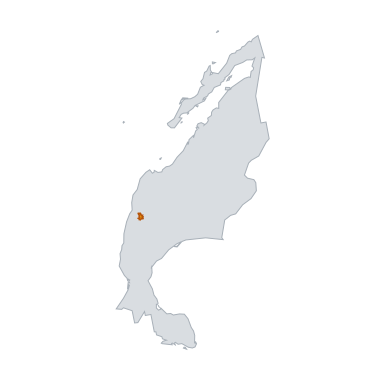 Huetamo, Michoacán, Mexico shown in context, rotated 79°
{"feature_id": "50627088B12818336981253", "entity_name": "Huetamo", "entity_type": "district", "adm_level": 2, "iso_a3": "MEX", "parent_name": "Mexico", "parent_adm1": "Michoacán", "projection": "mercator", "projection_center": [-101.141, 18.66], "detail": "fine", "context": "in_parent", "style": "filled", "palette": "amber", "viewbox_px": 384, "rotation_deg": 79, "n_neighbors": 0, "source": "geoboundaries", "source_scale": "gbopen_adm2", "svg_char_len": 5123}
<svg xmlns="http://www.w3.org/2000/svg" viewBox="0 0 384 384"><g transform="rotate(79 192 192)"><path d="M51.0,97.4L74.3,95.3L73.2,97.7L110.0,111.2L137.4,111.2L137.4,106.0L154.5,106.1L157.4,109.8L169.4,119.6L172.2,127.8L174.4,130.9L185.4,137.3L189.0,134.9L191.7,128.9L195.0,127.6L203.1,128.6L209.7,135.3L214.2,144.7L221.8,153.3L222.3,158.6L225.7,165.2L242.5,171.5L244.7,170.5L239.6,187.3L237.9,207.2L238.7,211.4L243.1,217.1L242.1,220.1L242.4,217.0L238.8,212.2L239.9,216.7L244.3,225.9L251.4,234.6L253.0,240.0L257.9,245.6L256.6,245.4L259.4,246.7L258.5,245.9L263.7,246.6L267.4,248.5L270.7,252.1L279.5,249.4L286.0,249.0L290.3,246.9L294.8,246.5L295.7,247.3L295.4,248.4L299.1,249.1L301.6,247.4L300.9,244.6L299.7,245.3L300.0,244.7L306.8,240.0L307.2,236.1L309.2,233.8L309.3,227.5L310.5,222.8L315.7,220.1L324.8,218.6L328.8,217.0L333.3,216.7L340.6,218.3L341.2,217.3L339.3,217.2L341.8,216.5L344.7,218.6L345.2,221.4L343.7,225.2L338.9,230.9L338.8,234.7L336.4,237.0L336.8,237.9L338.9,237.6L336.6,240.0L336.7,240.9L338.2,240.6L335.2,250.2L334.5,251.0L333.0,248.9L332.6,245.3L330.5,249.0L328.3,249.2L325.5,254.1L322.4,254.1L322.1,255.7L304.4,255.7L304.3,261.4L300.3,261.4L309.9,270.1L309.6,273.3L297.1,273.4L292.6,281.4L293.8,283.4L292.3,288.7L283.3,279.6L276.0,273.5L271.6,271.2L271.0,271.8L275.2,273.9L268.8,272.0L269.2,270.6L267.5,271.2L266.5,269.9L265.3,271.3L267.4,272.0L264.2,272.3L261.0,274.3L250.8,277.6L244.3,275.0L238.8,274.4L235.1,272.0L231.4,271.0L229.0,268.7L220.0,266.8L208.8,261.9L201.5,257.3L198.4,254.2L190.9,253.2L183.7,250.5L179.1,245.3L169.2,240.4L163.9,233.5L162.1,229.3L166.0,227.3L165.4,225.5L163.6,224.9L166.3,221.7L166.5,217.8L164.4,216.5L162.3,212.6L162.3,209.1L160.9,205.9L155.0,200.0L149.8,192.7L141.8,186.4L144.1,187.6L144.2,186.3L140.0,184.9L136.8,179.9L139.0,180.1L132.7,176.7L131.8,175.0L129.5,175.7L129.1,174.9L130.9,172.9L127.9,174.5L126.1,173.0L125.7,169.7L127.9,166.8L128.7,167.3L127.1,164.3L125.1,162.4L122.5,162.5L120.6,158.4L117.4,157.5L115.5,155.7L114.1,152.1L115.0,149.8L109.2,148.7L99.1,137.1L98.5,134.3L97.0,133.4L90.5,118.8L89.9,114.3L90.6,112.9L85.0,111.0L83.7,108.6L81.8,107.8L79.9,109.1L72.3,104.7L73.7,107.6L72.8,113.1L74.5,117.5L76.0,125.9L83.7,133.2L86.2,138.1L87.3,137.9L87.9,139.3L89.0,139.5L90.1,142.7L92.3,143.6L93.6,150.2L97.5,153.5L98.9,157.2L100.7,158.4L102.0,162.7L103.6,163.8L102.7,160.5L104.9,162.4L107.6,172.3L110.1,175.2L113.4,182.2L113.0,185.2L113.7,187.8L116.5,190.4L117.5,187.8L125.7,197.0L125.0,200.3L121.8,202.9L120.0,203.1L116.6,195.6L103.8,185.6L102.6,185.7L100.0,182.5L99.5,180.3L100.2,175.6L99.0,171.0L97.1,167.8L90.8,163.8L89.5,159.8L88.4,161.5L85.2,162.3L82.9,159.6L77.0,156.9L76.1,154.5L71.7,151.2L71.3,150.0L75.8,150.7L78.4,149.7L78.4,150.8L80.6,151.9L79.8,149.2L78.7,149.0L80.9,143.6L72.2,133.4L65.1,128.9L63.8,126.6L63.7,122.7L62.0,121.5L61.3,117.1L59.1,115.2L58.7,112.6L55.5,108.5L54.9,106.6L55.9,105.2L53.7,103.6L51.0,97.4ZM98.7,137.2L98.0,139.8L95.7,139.0L96.6,135.0L97.9,134.6L98.7,137.2ZM89.5,136.7L86.2,133.9L85.3,130.9L87.0,131.9L87.4,133.5L89.1,133.9L89.5,136.7ZM343.6,230.2L342.8,229.3L343.2,228.2L345.3,227.3L343.6,230.2ZM100.2,185.7L97.8,183.1L99.2,177.8L98.8,182.5L100.2,185.7ZM70.0,147.5L68.2,147.2L69.4,144.3L70.2,146.4L70.0,147.5ZM40.2,137.9L38.7,136.0L39.0,135.2L39.5,135.3L40.2,137.9ZM102.1,185.7L103.5,187.8L100.6,185.8L102.1,185.7ZM154.0,216.6L153.7,217.4L153.0,217.1L152.7,215.7L154.0,216.6ZM114.3,180.4L114.9,182.0L113.3,179.9L114.3,180.4ZM108.6,169.6L109.5,170.3L108.2,171.8L108.6,169.6ZM111.2,246.2L110.6,246.4L109.8,245.8L110.5,245.0L111.2,246.2ZM297.9,246.5L296.4,246.9L299.1,246.0L297.9,246.5ZM122.1,189.5L121.3,189.3L121.2,187.8L122.1,189.5Z" fill="#d9dde1" stroke="#a8b0b8" stroke-width="1"/><path d="M209.0,249.0L209.0,248.9L208.8,248.8L208.9,248.7L209.0,248.6L208.9,248.6L208.9,248.4L209.0,248.4L209.0,248.2L209.0,247.9L208.9,247.7L208.8,247.4L208.8,247.2L208.8,246.9L208.7,246.8L208.8,246.8L208.8,246.7L208.8,246.4L208.8,246.1L208.8,245.9L208.8,245.7L208.7,245.7L208.8,245.5L208.8,245.4L208.8,245.2L208.7,245.2L208.4,245.0L208.1,245.1L208.0,245.3L207.9,245.3L207.9,245.2L207.7,245.1L207.5,245.3L207.4,245.3L207.2,245.4L207.1,245.2L206.9,245.1L206.7,244.8L206.3,245.1L206.1,245.2L206.0,245.3L205.9,245.4L205.7,245.5L205.6,245.4L205.6,245.5L205.4,245.5L205.2,245.5L205.0,245.8L205.0,246.0L204.9,246.1L205.0,246.2L204.9,246.2L205.0,246.2L204.9,246.2L204.8,246.3L204.7,246.3L204.5,246.5L204.4,246.6L204.2,246.6L203.9,246.6L203.7,246.6L203.4,246.5L203.2,246.6L203.0,246.8L203.1,247.0L203.0,247.4L203.0,247.5L202.9,247.5L202.9,247.8L203.0,247.8L203.0,248.0L202.9,248.2L202.9,248.3L202.7,248.4L202.7,248.5L202.7,248.8L202.8,248.8L202.9,248.7L203.0,248.8L203.1,248.7L203.3,248.7L203.5,248.6L203.8,248.7L204.0,248.4L204.3,248.4L204.5,248.3L204.6,248.2L204.7,248.3L204.8,248.3L205.0,248.3L205.3,248.3L205.5,248.5L205.8,248.5L206.0,248.6L206.3,248.6L206.5,248.6L206.8,248.5L207.0,248.4L207.1,248.5L207.2,248.4L207.3,248.7L207.3,248.8L207.5,248.8L207.7,249.0L207.7,249.3L207.8,249.2L208.0,249.2L208.0,249.3L208.1,249.2L208.3,249.1L208.5,248.9L208.8,248.9L208.9,249.0L209.0,249.0Z" fill="#f59e0b" stroke="#b45309" stroke-width="1.5"/></g></svg>